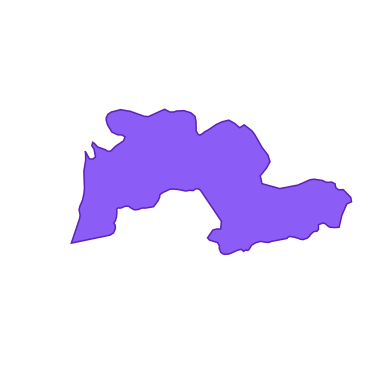 the border of Ondo, rotated 56°
{"feature_id": "NGA-2853", "entity_name": "Ondo", "entity_type": "State", "adm_level": 1, "iso_a3": "NGA", "parent_name": "Nigeria", "parent_adm1": "", "projection": "orthographic", "projection_center": [5.19, 6.813], "detail": "fine", "context": "isolated", "style": "filled", "palette": "violet", "viewbox_px": 384, "rotation_deg": 56, "n_neighbors": 0, "source": "natural_earth", "source_scale": "10m", "svg_char_len": 2237}
<svg xmlns="http://www.w3.org/2000/svg" viewBox="0 0 384 384"><g transform="rotate(56 192 192)"><path d="M166.9,320.6L151.3,300.2L148.6,297.7L143.3,295.4L140.9,292.6L137.5,287.3L132.9,282.5L128.8,279.1L118.7,272.8L114.3,270.0L106.1,262.3L101.0,259.0L98.9,258.0L99.0,257.8L107.1,258.5L109.2,256.0L109.0,252.4L101.6,249.2L97.6,249.2L95.3,246.5L97.4,245.7L101.8,245.1L108.6,240.1L110.7,239.4L112.2,237.7L112.5,235.9L111.3,229.7L111.3,220.1L108.8,216.7L105.5,218.2L103.4,221.3L97.6,224.9L90.7,224.6L88.5,224.3L84.3,222.9L82.5,221.6L80.5,218.1L80.6,214.1L83.8,205.2L90.5,198.1L102.5,189.3L105.1,186.0L108.1,168.4L113.2,165.7L115.3,162.8L116.3,159.4L120.0,153.2L125.6,148.7L130.9,147.2L135.9,149.3L142.6,153.7L144.2,154.4L147.8,154.7L149.2,153.7L149.5,150.8L149.2,147.7L149.6,144.1L149.6,134.0L150.7,127.6L153.0,121.3L158.9,118.3L165.4,116.5L165.5,111.2L174.8,108.1L179.8,107.9L194.4,109.0L203.9,108.4L210.6,110.5L213.9,117.0L216.7,126.3L224.2,129.3L238.2,117.4L245.5,100.3L247.8,87.6L249.6,83.7L255.4,77.4L258.9,75.4L260.5,73.1L261.8,70.7L265.2,68.8L268.9,70.4L272.2,69.2L274.6,65.3L285.3,63.4L289.3,65.2L288.5,70.4L295.1,80.8L303.5,89.8L301.1,93.9L298.0,97.6L296.4,98.3L292.8,99.2L291.0,100.7L289.8,105.4L293.7,108.0L294.4,110.3L292.9,113.2L293.5,117.4L294.3,119.3L294.7,122.3L293.5,126.7L291.7,128.6L289.5,130.0L286.2,132.9L283.3,136.2L283.2,138.0L283.6,139.3L277.5,153.4L276.7,156.6L274.9,159.0L271.3,162.7L269.7,167.5L269.4,172.2L271.3,176.3L271.7,177.9L271.2,179.1L270.6,179.4L270.0,180.3L270.1,182.4L267.1,183.2L265.8,186.5L264.3,195.1L263.6,196.9L261.7,200.1L260.3,201.1L258.0,201.9L253.8,200.9L252.0,199.4L248.2,199.1L241.7,204.4L238.7,204.8L235.2,196.0L236.5,192.2L238.8,188.9L232.6,184.0L195.3,184.0L193.1,185.0L191.5,186.8L191.5,190.2L189.3,193.1L187.6,196.8L182.9,201.3L178.7,206.4L177.2,209.3L176.7,213.6L176.2,215.5L176.2,219.7L176.9,220.8L178.0,221.4L180.3,225.0L182.7,232.1L179.5,239.2L177.3,242.5L176.4,246.5L174.5,249.8L171.1,251.6L168.2,252.6L166.4,255.4L165.7,259.4L164.9,261.0L164.0,261.9L163.8,262.9L164.5,264.3L167.2,265.8L170.5,268.6L173.2,271.9L173.6,273.7L174.8,274.2L176.4,274.2L178.0,275.0L179.5,276.0L182.0,279.9L181.9,284.1L167.0,320.4L166.9,320.6Z" fill="#8b5cf6" stroke="#5b21b6" stroke-width="1.5"/></g></svg>